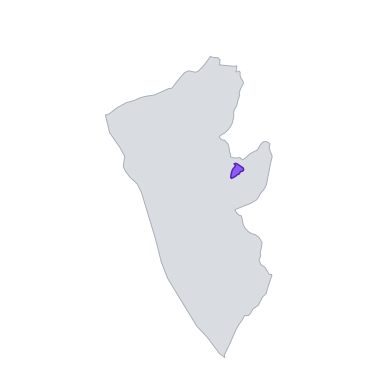 Leewehpea-Mahn, Nimba, Liberia shown in context, rotated 27°
{"feature_id": "62588387B51124182778876", "entity_name": "Leewehpea-Mahn", "entity_type": "district", "adm_level": 2, "iso_a3": "LBR", "parent_name": "Liberia", "parent_adm1": "Nimba", "projection": "natural_earth1", "projection_center": [-8.897, 7.043], "detail": "fine", "context": "in_parent", "style": "filled", "palette": "violet", "viewbox_px": 384, "rotation_deg": 27, "n_neighbors": 0, "source": "geoboundaries", "source_scale": "gbopen_adm2", "svg_char_len": 2653}
<svg xmlns="http://www.w3.org/2000/svg" viewBox="0 0 384 384"><g transform="rotate(27 192 192)"><path d="M79.9,162.8L82.8,159.9L87.0,150.9L93.0,142.1L98.6,137.0L103.0,131.6L107.6,127.5L114.3,122.8L124.5,110.2L126.9,108.8L128.5,100.1L131.1,89.0L134.0,85.6L141.0,83.6L142.6,81.6L145.1,73.9L146.6,64.8L146.8,62.8L149.5,62.6L154.2,60.6L156.9,61.5L158.1,64.1L158.7,66.3L172.9,60.7L174.1,59.5L174.9,59.7L176.6,64.8L177.7,64.5L178.5,63.0L179.5,62.9L180.6,63.6L181.7,65.9L183.5,68.1L186.5,69.6L188.5,71.6L188.3,77.1L189.0,82.4L190.3,83.6L191.0,86.8L191.4,90.2L192.1,92.1L192.7,95.6L192.4,99.3L192.9,102.0L195.2,106.5L196.6,112.3L196.6,116.4L195.8,120.7L194.3,124.6L191.6,128.8L191.4,130.5L193.0,131.6L195.4,131.9L197.3,131.0L202.4,132.9L205.0,135.8L207.3,139.2L209.4,141.0L210.3,143.2L213.9,142.6L218.0,140.5L218.9,139.5L220.1,140.0L222.7,140.2L224.6,136.4L226.1,132.0L229.3,127.3L230.9,125.5L231.3,122.4L231.5,118.5L232.6,115.1L235.3,113.3L238.1,113.3L239.7,114.0L240.5,117.3L242.8,119.8L244.7,121.5L245.8,122.2L247.4,124.2L249.0,130.8L255.1,152.2L254.8,158.1L253.6,161.9L253.6,165.7L253.2,169.4L249.4,175.5L238.4,188.0L239.2,189.1L241.9,190.5L244.5,191.3L246.8,190.9L249.5,194.0L252.5,197.9L255.6,200.0L260.2,201.8L264.2,202.0L267.6,201.3L272.3,202.0L277.4,205.3L279.2,210.7L280.4,215.3L282.2,217.7L282.4,221.7L286.0,225.3L291.2,226.0L297.9,230.2L299.6,229.9L300.3,229.4L301.1,230.2L302.8,242.2L304.1,248.6L303.4,251.2L302.5,253.2L302.5,262.9L299.5,268.5L299.0,274.6L298.1,276.6L294.9,278.3L294.9,283.0L294.0,288.7L293.7,294.7L294.6,310.5L294.8,322.3L296.2,324.5L289.9,323.5L271.5,314.5L257.2,309.4L209.5,280.0L196.3,268.2L181.0,250.6L147.0,215.2L139.3,209.6L129.5,206.8L123.5,203.8L119.2,200.5L115.8,190.7L107.3,184.9L91.7,176.6L79.9,162.8Z" fill="#d9dde1" stroke="#a8b0b8" stroke-width="1"/><path d="M216.9,147.8L218.5,148.6L218.8,148.8L218.8,149.3L218.7,149.5L218.6,150.8L218.2,152.1L218.1,152.3L218.1,152.6L218.0,153.4L218.0,154.1L218.1,155.4L218.3,156.3L218.7,157.9L218.9,158.8L219.0,159.0L219.2,159.6L219.6,160.6L219.9,161.5L221.0,161.9L222.2,160.4L222.8,159.4L223.1,159.1L223.3,158.7L223.5,158.4L223.8,157.8L224.0,157.3L224.2,156.5L224.3,156.4L224.4,156.2L224.7,155.8L225.1,155.5L225.6,154.9L225.8,154.4L225.8,154.2L225.9,152.7L226.0,151.8L226.1,151.7L226.6,151.3L227.2,150.8L227.4,150.7L227.6,150.4L228.0,149.4L227.9,149.2L227.9,148.8L227.8,148.7L227.5,148.2L227.4,148.2L226.7,147.4L226.3,147.3L225.9,147.2L224.3,147.1L224.1,147.1L223.3,146.9L222.3,146.8L221.3,146.7L221.0,146.6L220.0,146.4L219.8,146.4L219.6,146.4L219.1,146.5L218.4,146.6L217.8,146.7L217.2,147.3L217.1,147.5L216.9,147.8Z" fill="#8b5cf6" stroke="#5b21b6" stroke-width="1.5"/></g></svg>